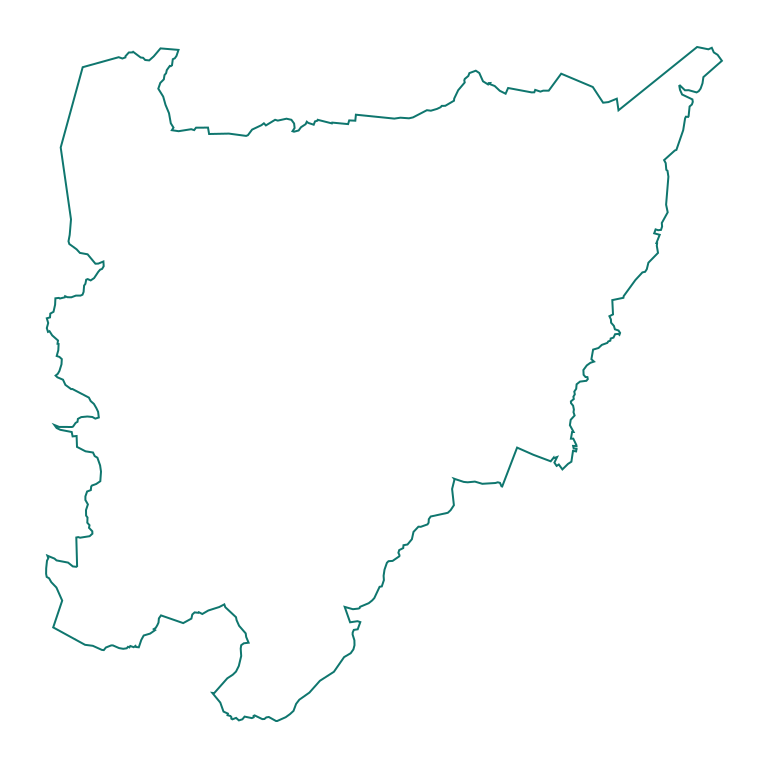 outline of San Diego de Alejandría, Jalisco, Mexico
{"feature_id": "50627088B15513266665518", "entity_name": "San Diego de Alejandría", "entity_type": "district", "adm_level": 2, "iso_a3": "MEX", "parent_name": "Mexico", "parent_adm1": "Jalisco", "projection": "mercator", "projection_center": [-102.038, 20.956], "detail": "fine", "context": "isolated", "style": "outline", "palette": "teal", "viewbox_px": 768, "rotation_deg": 0, "n_neighbors": 0, "source": "geoboundaries", "source_scale": "gbopen_adm2", "svg_char_len": 5932}
<svg xmlns="http://www.w3.org/2000/svg" viewBox="0 0 768 768"><path d="M721.9,60.8L717.6,54.8L713.8,52.4L711.8,47.8L708.4,49.3L697.1,47.0L618.5,110.3L616.8,98.7L608.4,102.1L603.1,102.7L592.8,87.0L561.2,73.7L548.7,90.7L543.1,90.7L540.4,91.6L535.2,89.9L534.3,92.3L531.7,92.4L508.1,88.0L505.6,93.7L499.8,90.8L494.7,86.0L489.8,84.1L490.3,83.0L488.6,83.1L488.0,84.4L483.0,81.3L479.3,73.0L475.8,70.7L469.4,73.1L468.3,76.0L464.8,78.9L464.3,80.3L464.7,82.5L458.2,90.2L454.2,98.6L454.0,100.7L445.3,105.8L441.7,105.9L440.6,107.2L437.0,108.9L430.9,110.7L426.9,110.2L413.0,117.4L409.0,118.3L400.4,117.7L394.3,118.6L355.9,114.7L355.3,120.7L349.2,120.4L348.1,124.1L332.2,122.6L331.9,123.4L317.7,119.8L317.4,120.7L315.0,121.4L313.7,124.7L308.2,122.9L306.8,121.7L305.6,124.2L301.0,127.2L298.6,130.5L294.0,131.7L292.5,131.2L294.6,128.0L294.1,123.5L291.4,119.8L286.5,118.7L277.8,120.6L275.1,119.8L265.9,125.4L263.9,123.3L261.4,125.2L252.1,129.6L247.9,135.2L246.1,135.9L228.9,133.6L209.1,134.0L208.0,127.6L196.0,127.7L194.2,130.1L191.2,129.2L178.6,131.2L171.9,130.2L173.5,127.6L170.8,123.3L169.0,113.2L165.5,104.8L163.2,96.6L158.3,88.7L160.3,82.9L163.8,79.4L164.5,75.1L166.1,73.2L166.8,70.1L169.8,65.9L170.7,66.2L172.0,65.3L172.8,59.2L174.8,58.3L176.5,55.9L178.5,49.9L160.5,48.4L153.7,56.4L149.2,60.4L145.2,60.0L143.1,57.8L140.7,57.5L133.1,51.8L132.4,52.4L128.8,52.5L125.5,56.2L125.4,57.4L122.4,58.5L118.7,57.2L82.7,67.2L60.7,147.5L71.0,219.4L69.7,234.9L68.5,241.3L69.3,244.0L76.6,249.3L79.9,252.9L87.6,254.3L95.4,263.7L98.3,263.6L103.4,261.5L103.7,266.2L102.1,268.9L100.1,269.7L98.3,271.8L94.1,278.1L90.7,280.4L87.7,279.1L86.2,279.7L85.4,283.8L84.1,285.6L83.6,291.9L82.5,294.7L80.5,295.6L75.9,295.6L71.3,297.3L67.4,297.2L65.1,296.2L64.8,297.3L59.9,298.5L58.9,297.9L55.4,298.3L55.1,304.7L53.5,311.8L50.3,313.6L50.0,317.4L46.8,318.3L48.2,323.0L46.8,328.1L48.0,331.9L49.5,331.2L52.2,335.4L58.0,340.5L57.5,343.8L58.6,344.0L58.3,350.2L56.7,356.0L59.4,356.9L61.8,359.1L61.5,364.3L59.4,371.0L57.8,373.8L55.6,375.6L57.4,377.3L63.0,379.7L65.4,384.9L71.1,389.1L72.4,389.0L88.9,397.6L90.7,401.1L93.9,403.9L96.4,408.2L98.1,411.8L98.8,417.5L95.3,418.6L92.4,417.0L87.4,416.5L81.2,417.1L77.9,418.9L77.5,421.8L75.6,422.9L73.1,426.5L72.0,427.0L59.1,426.9L54.4,425.0L56.6,428.0L60.3,429.8L71.7,432.0L72.6,436.4L76.6,436.0L77.0,446.9L85.5,451.3L93.0,452.5L94.7,456.1L97.4,457.7L100.1,465.4L101.0,471.6L100.3,481.2L96.2,484.0L92.0,485.5L91.2,486.5L90.8,490.1L87.1,491.5L85.4,496.4L85.4,500.0L87.9,504.4L86.0,510.1L86.1,515.6L87.5,517.5L87.3,522.7L89.5,525.2L89.0,527.8L92.3,531.3L92.4,533.7L89.6,536.2L80.1,537.7L78.2,537.1L76.3,537.5L77.1,566.2L76.3,566.8L72.8,566.4L68.1,562.6L56.5,560.4L54.5,558.6L47.4,555.7L48.3,558.2L47.0,560.7L46.2,568.2L46.1,573.8L46.7,576.9L49.1,578.3L51.3,582.2L56.4,587.5L62.2,600.6L53.2,627.4L85.0,644.8L92.8,645.8L101.9,649.9L103.8,650.1L105.9,647.5L111.2,645.4L112.9,645.4L119.1,648.1L123.2,648.8L126.7,648.3L128.0,646.8L129.4,647.4L130.3,646.0L133.7,647.2L135.5,645.9L136.0,647.0L138.8,647.3L141.3,639.9L143.7,635.5L150.1,633.6L155.1,630.1L153.8,629.1L155.7,627.9L157.2,625.4L158.5,622.6L158.9,618.4L161.0,615.4L183.2,623.1L191.4,618.6L192.3,614.5L194.6,612.4L198.4,612.8L198.8,612.2L202.3,614.0L208.3,610.5L219.3,607.0L224.3,604.4L225.3,607.2L236.0,617.2L236.6,620.2L239.1,625.8L245.7,633.4L246.2,637.0L248.6,642.7L243.8,643.3L241.2,645.2L240.7,648.6L241.2,656.0L238.8,666.0L236.0,671.6L232.8,674.7L227.3,678.3L214.2,693.1L212.3,692.9L220.3,702.6L223.5,711.6L227.9,713.6L227.5,715.2L230.4,716.0L231.4,717.2L231.3,718.6L232.4,719.3L236.1,717.9L238.9,720.4L242.4,719.3L244.6,716.6L251.8,718.1L253.7,717.3L253.6,715.9L254.6,715.4L262.3,719.1L264.4,719.0L266.3,717.4L268.8,717.0L276.0,721.0L277.2,721.0L285.7,717.2L290.0,714.1L293.5,710.9L296.1,703.9L299.3,699.7L309.4,692.6L319.9,680.8L333.9,671.8L344.1,657.1L350.7,653.2L353.4,649.4L354.5,645.2L354.4,640.3L352.6,634.5L352.7,632.5L353.8,629.9L357.7,629.3L360.3,622.1L357.5,621.2L350.1,622.3L344.7,606.9L352.9,609.2L358.2,608.6L359.5,608.2L360.1,606.8L368.7,603.2L372.1,600.5L374.3,598.1L379.6,586.8L381.8,586.4L383.9,580.1L383.6,575.8L384.5,569.7L386.9,562.8L388.5,561.2L392.6,560.9L399.3,556.3L399.5,555.2L398.4,552.8L399.2,550.1L403.2,548.1L403.5,545.2L407.5,544.5L411.9,539.2L413.5,531.9L418.4,526.7L420.8,526.8L427.5,524.4L428.6,522.7L428.8,519.2L430.7,516.5L447.8,512.8L450.6,510.2L453.9,505.2L452.1,489.0L454.5,479.4L454.0,478.7L463.7,481.9L467.6,482.3L474.9,481.6L482.3,483.8L495.4,483.0L497.8,482.3L500.0,482.9L501.5,486.3L502.2,486.5L517.1,447.6L533.4,454.8L550.7,461.3L553.6,457.7L553.7,458.2L557.1,457.0L554.4,462.6L556.6,465.9L558.8,464.5L562.4,469.4L568.0,463.9L571.4,461.7L573.0,450.9L576.1,451.4L576.5,448.8L577.5,448.7L573.7,448.5L573.1,445.9L576.5,446.0L576.4,445.1L573.3,438.7L570.9,438.7L572.1,432.0L573.6,432.0L569.9,425.2L570.7,419.8L574.6,415.5L573.5,412.2L573.9,409.6L573.1,405.7L571.0,403.1L570.9,401.4L573.8,399.0L573.4,396.7L574.8,394.3L574.3,391.6L576.2,388.8L576.6,384.3L580.0,381.6L586.4,380.8L587.8,379.1L587.4,377.1L585.5,377.0L583.6,374.8L583.4,370.0L586.8,365.4L590.4,362.8L594.0,361.6L591.4,359.2L593.1,349.6L598.5,348.0L601.8,344.9L607.3,342.9L608.3,341.4L610.3,340.7L610.7,338.5L613.5,337.6L615.1,334.2L618.4,333.9L619.4,334.8L620.1,332.9L618.5,330.5L614.9,329.3L613.9,325.9L611.1,322.7L610.9,319.4L609.4,316.2L613.0,314.4L612.3,300.1L623.4,297.8L623.7,296.1L635.4,280.0L642.4,272.4L645.1,271.8L646.8,269.2L648.4,262.7L658.0,252.9L656.8,245.8L657.1,243.2L656.4,243.1L659.7,234.8L654.2,233.3L655.6,229.4L658.1,230.2L661.0,229.9L662.1,226.5L661.8,223.0L667.7,212.3L666.1,204.7L668.4,176.7L667.5,170.8L666.3,169.8L665.7,163.1L664.1,160.1L674.8,150.5L676.4,149.9L683.2,130.2L685.1,118.3L685.9,116.7L688.2,116.9L688.6,116.2L689.6,106.5L691.9,104.5L692.8,101.9L692.4,99.4L682.1,94.5L680.0,89.8L679.3,85.9L680.0,85.5L685.0,90.3L688.7,90.2L696.6,92.4L698.7,91.2L700.6,88.6L702.5,83.3L703.4,77.1L721.9,60.8Z" fill="none" stroke="#0f766e" stroke-width="2"/></svg>